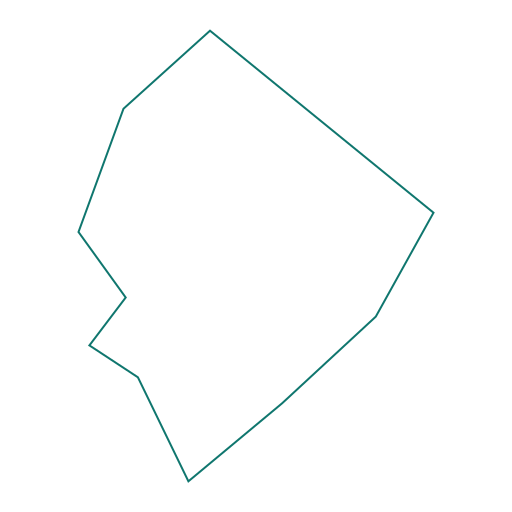 Floriana, Robinson projection
{"feature_id": "MLT-5954", "entity_name": "Floriana", "entity_type": "state/province", "adm_level": 1, "iso_a3": "MLT", "parent_name": "Malta", "parent_adm1": "", "projection": "robinson", "projection_center": [14.501, 35.887], "detail": "fine", "context": "isolated", "style": "outline", "palette": "teal", "viewbox_px": 512, "rotation_deg": 0, "n_neighbors": 0, "source": "natural_earth", "source_scale": "10m", "svg_char_len": 256}
<svg xmlns="http://www.w3.org/2000/svg" viewBox="0 0 512 512"><path d="M123.5,108.7L210.0,30.7L433.5,212.7L375.8,316.6L282.1,403.3L188.4,481.3L137.9,377.3L89.4,345.4L125.7,297.5L78.5,232.0L123.5,108.7Z" fill="none" stroke="#0f766e" stroke-width="2"/></svg>